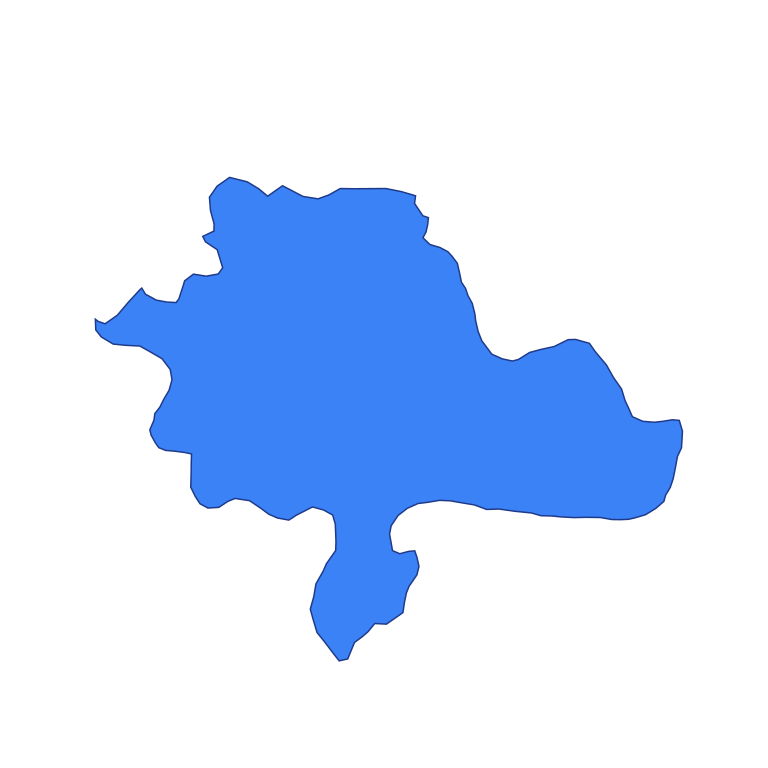 Imishli District, İmişli, Azerbaijan, rotated 325°
{"feature_id": "54616110B47039748407948", "entity_name": "Imishli District", "entity_type": "district", "adm_level": 2, "iso_a3": "AZE", "parent_name": "Azerbaijan", "parent_adm1": "İmişli", "projection": "equal_earth", "projection_center": [48.045, 39.875], "detail": "fine", "context": "isolated", "style": "filled", "palette": "blue", "viewbox_px": 768, "rotation_deg": 325, "n_neighbors": 0, "source": "geoboundaries", "source_scale": "gbopen_adm2", "svg_char_len": 2475}
<svg xmlns="http://www.w3.org/2000/svg" viewBox="0 0 768 768"><g transform="rotate(325 384 384)"><path d="M517.8,247.9L508.6,236.4L497.6,224.9L470.9,206.5L460.3,198.8L447.2,197.5L436.2,194.5L425.2,183.9L414.6,163.4L410.8,163.4L396.4,163.4L393.4,152.3L387.9,139.9L376.0,126.2L360.8,126.2L348.1,130.9L341.3,142.5L336.7,155.3L332.4,161.2L320.2,159.1L319.3,165.1L324.4,178.3L318.5,196.3L311.3,198.8L300.2,193.7L290.9,184.7L279.9,185.1L276.1,188.1L264.7,196.7L260.4,198.0L253.2,192.4L245.6,184.7L240.1,173.6L240.6,166.5L238.3,166.7L221.8,170.3L205.0,174.7L190.0,174.7L185.7,168.6L184.7,165.4L178.9,174.4L179.4,183.3L185.1,196.0L194.3,203.9L205.8,212.9L211.0,223.7L216.7,236.0L217.2,249.5L212.8,258.9L204.3,265.9L194.6,270.3L187.1,274.4L179.3,276.8L174.8,281.7L165.9,287.2L163.9,292.3L163.0,301.0L163.0,307.0L167.0,313.1L173.9,318.9L181.7,326.0L186.2,330.9L180.4,338.7L175.7,345.3L169.2,354.1L166.5,357.7L164.9,368.1L164.6,376.6L168.6,384.6L177.9,390.3L188.7,390.6L196.3,392.3L206.9,402.4L211.5,414.3L215.0,424.7L219.9,432.7L228.0,440.9L237.0,441.2L254.9,443.7L262.2,452.5L266.8,461.9L263.8,470.7L258.9,478.4L254.1,485.8L248.9,492.7L233.7,498.2L226.9,502.4L213.6,508.7L204.3,518.1L194.5,526.1L190.7,536.8L186.6,549.2L187.4,560.8L188.0,576.5L188.5,585.1L196.6,588.4L205.6,582.6L211.6,578.8L221.7,578.5L229.0,577.7L239.0,574.9L248.3,582.1L268.4,582.1L275.2,574.9L282.5,568.0L288.5,564.1L301.5,559.2L308.1,553.4L311.6,544.8L313.5,538.3L308.3,535.3L299.6,532.1L295.4,525.4L302.5,510.1L308.6,504.2L320.1,499.8L331.7,499.2L343.3,501.4L351.4,505.7L362.8,511.2L371.4,517.8L378.4,524.8L388.7,534.9L396.1,545.6L406.5,552.4L418.5,563.6L430.8,574.2L437.0,581.9L445.8,588.4L452.9,594.5L463.0,602.4L472.3,608.6L477.8,612.5L484.7,617.5L492.9,625.7L499.7,630.6L506.7,635.1L513.1,637.7L523.4,641.1L535.3,641.8L545.9,640.7L550.9,636.6L559.2,632.9L566.5,627.5L575.2,619.2L582.8,611.7L591.1,606.9L596.9,599.6L601.4,593.9L605.0,583.2L599.7,578.7L591.2,574.6L583.5,570.4L574.6,563.0L568.7,553.3L570.5,544.2L571.9,536.0L575.7,524.5L575.7,510.4L577.1,495.9L575.6,478.7L575.6,468.5L566.5,457.4L560.3,453.3L544.8,450.9L532.7,445.8L521.4,441.7L508.1,441.0L502.3,438.8L495.2,431.1L489.4,421.4L488.9,404.7L491.3,394.8L495.4,384.7L498.7,378.6L502.5,368.7L503.5,359.6L505.6,352.6L505.8,345.1L509.3,337.0L513.3,327.2L513.0,318.3L512.2,312.3L508.2,304.4L501.6,296.1L499.8,286.5L505.6,283.6L511.2,278.5L515.8,273.2L512.3,268.5L512.6,253.6L517.8,247.9Z" fill="#3b82f6" stroke="#1e3a8a" stroke-width="1.5"/></g></svg>